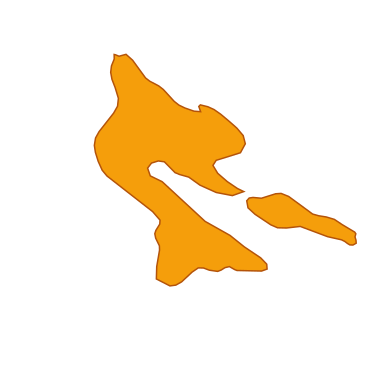 the border of Southern Leyte, rotated 315°
{"feature_id": "PHL-2585", "entity_name": "Southern Leyte", "entity_type": "Province", "adm_level": 1, "iso_a3": "PHL", "parent_name": "Philippines", "parent_adm1": "", "projection": "equal_earth", "projection_center": [125.092, 10.27], "detail": "fine", "context": "isolated", "style": "filled", "palette": "amber", "viewbox_px": 384, "rotation_deg": 315, "n_neighbors": 0, "source": "natural_earth", "source_scale": "10m", "svg_char_len": 1578}
<svg xmlns="http://www.w3.org/2000/svg" viewBox="0 0 384 384"><g transform="rotate(315 192 192)"><path d="M234.2,39.7L234.9,40.8L236.4,44.4L242.7,48.0L243.2,56.8L239.8,78.5L240.5,83.9L243.5,93.5L244.2,99.2L243.5,115.4L244.2,121.3L246.4,127.6L250.6,136.3L254.9,141.3L257.3,136.3L259.5,136.3L263.5,142.9L265.9,149.3L267.3,157.3L268.3,168.8L268.9,178.6L268.1,188.3L263.8,195.6L254.0,198.5L231.5,186.7L225.6,188.0L223.4,197.0L224.3,209.6L226.6,221.6L228.9,228.3L218.0,223.1L208.8,209.5L202.5,192.9L200.2,179.1L195.4,170.5L194.8,168.8L193.7,166.4L193.8,151.1L190.1,146.2L183.8,142.9L177.5,143.7L173.9,151.1L178.2,163.7L180.5,222.1L188.2,249.6L190.2,267.8L194.0,287.2L193.8,295.9L190.6,299.6L185.3,297.1L168.3,279.3L167.3,277.0L165.7,271.2L161.8,268.8L157.4,267.8L154.0,266.3L149.0,259.6L146.4,253.9L142.8,250.1L135.4,248.7L121.1,248.2L114.7,246.4L110.0,242.8L105.3,228.3L114.3,219.8L128.0,210.1L130.9,207.0L133.7,198.9L136.2,195.2L139.3,193.6L146.5,191.9L149.5,189.3L150.3,178.1L143.2,120.6L143.9,113.1L147.3,104.1L151.7,95.7L155.9,90.0L162.0,85.6L169.0,83.6L192.4,80.8L200.0,78.7L206.2,73.7L211.5,63.8L215.1,55.7L219.1,49.9L224.2,45.9L231.0,43.0L234.2,39.7ZM275.1,321.1L278.7,335.4L278.3,337.4L275.5,339.0L273.9,342.0L271.9,344.3L268.3,343.3L266.2,341.0L265.5,338.2L265.1,335.1L263.9,331.5L256.3,319.5L244.2,292.9L233.3,284.2L227.2,277.8L224.5,270.9L220.8,252.3L220.4,242.8L224.5,236.9L228.2,236.7L231.3,239.0L236.7,245.5L249.9,252.4L254.0,256.0L257.2,263.5L261.7,292.9L264.8,298.4L269.3,304.6L273.3,312.0L275.1,321.1Z" fill="#f59e0b" stroke="#b45309" stroke-width="1.5"/></g></svg>